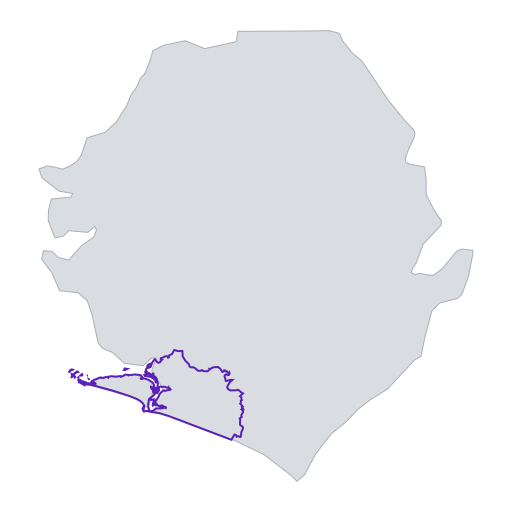 Bonthe, Southern, Sierra Leone (highlighted)
{"feature_id": "65957751B90425188102960", "entity_name": "Bonthe", "entity_type": "district", "adm_level": 2, "iso_a3": "SLE", "parent_name": "Sierra Leone", "parent_adm1": "Southern", "projection": "albers", "projection_center": [-12.539, 7.5], "detail": "fine", "context": "in_parent", "style": "outline", "palette": "violet", "viewbox_px": 512, "rotation_deg": 0, "n_neighbors": 0, "source": "geoboundaries", "source_scale": "gbopen_adm2", "svg_char_len": 7524}
<svg xmlns="http://www.w3.org/2000/svg" viewBox="0 0 512 512"><path d="M473.0,250.4L472.6,255.0L468.6,275.9L462.1,293.8L457.9,298.3L439.5,303.1L431.8,311.0L425.1,336.5L420.9,356.5L414.6,359.9L387.7,388.9L370.1,399.9L357.8,409.4L346.2,421.7L331.5,433.6L315.8,453.8L304.6,474.7L296.9,481.3L291.1,475.4L264.2,454.8L235.8,441.0L175.4,418.0L155.3,411.5L156.0,403.3L163.0,388.4L151.7,370.8L156.1,358.0L151.7,358.0L143.1,365.7L124.7,363.4L112.5,352.5L102.5,348.4L98.2,342.9L91.8,313.9L87.3,300.8L78.0,292.7L59.6,290.7L52.0,273.0L41.7,259.3L43.4,250.8L51.8,251.3L58.3,257.5L68.8,260.0L81.9,245.2L93.7,237.2L96.4,230.2L95.0,226.3L87.8,232.3L68.4,230.7L63.6,236.1L54.9,237.8L48.2,220.5L48.5,210.2L51.3,199.0L70.9,197.1L72.6,193.5L59.0,191.1L42.0,178.0L39.0,168.9L47.4,165.9L55.5,167.3L62.5,169.2L70.1,166.0L77.2,161.1L81.4,154.8L87.1,137.8L105.5,132.1L116.4,121.7L126.7,105.6L131.4,94.3L135.6,88.7L138.3,83.8L140.3,78.4L144.9,73.5L149.7,61.5L153.0,50.6L163.6,45.3L185.2,40.7L204.6,48.6L236.2,41.7L237.9,31.4L266.7,31.2L301.0,31.0L329.5,30.7L339.3,33.4L342.8,41.1L352.3,53.0L362.1,61.2L374.3,79.4L388.5,100.5L403.9,119.5L413.7,129.8L414.9,133.5L414.2,137.6L409.4,147.3L405.3,157.8L405.7,161.8L408.6,163.8L424.6,167.0L426.1,178.7L426.2,194.9L434.1,210.0L441.5,221.1L441.1,225.1L423.2,244.1L416.2,263.0L412.6,268.3L411.2,272.6L414.8,274.5L419.8,273.3L426.8,274.8L433.5,275.3L442.3,268.5L456.9,251.1L461.9,249.0L473.0,250.4ZM149.5,404.2L147.4,408.0L137.7,398.6L87.9,384.6L102.0,377.1L136.6,374.9L146.8,379.3L151.4,382.9L153.1,389.8L149.5,404.2Z" fill="#d9dde1" stroke="#a8b0b8" stroke-width="1"/><path d="M241.4,397.4L240.0,396.2L243.0,393.4L240.7,392.0L239.4,390.6L237.6,389.7L236.3,390.3L230.3,390.4L228.2,389.1L227.2,387.5L227.4,386.2L230.0,382.0L232.4,379.9L230.7,379.8L225.9,381.0L224.6,376.5L224.7,375.4L225.4,374.6L226.0,374.5L228.2,375.1L229.0,374.8L229.6,373.4L229.2,372.2L228.8,372.7L228.0,372.8L227.6,372.6L226.9,371.3L225.5,371.3L224.9,370.3L224.2,370.3L223.4,371.6L222.3,371.9L220.6,369.2L218.2,367.0L213.2,367.3L210.5,368.8L209.9,368.8L210.2,369.1L209.5,369.8L207.4,371.3L203.5,371.1L202.3,370.2L201.7,370.2L200.8,370.8L198.0,370.7L194.6,367.8L192.9,367.3L190.7,367.2L189.6,366.5L188.9,364.2L185.4,360.8L182.7,356.4L182.4,351.0L178.0,351.1L174.3,350.0L171.9,354.2L169.3,355.2L168.8,356.3L169.1,356.9L168.5,357.6L168.0,357.6L167.8,356.5L166.5,356.1L164.4,356.6L162.9,357.6L160.9,358.1L160.7,359.6L161.8,359.9L161.1,360.4L160.5,361.7L159.1,362.7L157.9,362.6L157.1,362.1L155.2,359.3L154.6,359.2L152.4,362.2L150.6,366.9L148.9,367.8L146.7,368.2L145.7,369.9L147.8,373.0L149.7,373.3L151.7,375.1L152.7,373.8L153.4,373.7L153.4,376.0L154.9,376.6L156.5,378.3L157.8,382.8L157.9,384.0L157.5,385.8L158.5,386.9L159.2,387.1L160.5,386.6L162.4,387.1L164.0,386.6L167.6,387.8L168.5,387.0L168.9,388.1L170.2,388.7L170.6,389.5L169.8,390.0L168.9,389.7L164.9,391.0L164.5,390.5L163.4,390.6L161.5,392.0L159.4,394.1L158.7,396.3L154.7,402.3L156.5,403.8L158.2,405.8L159.2,406.1L162.0,405.4L163.1,406.2L165.7,407.2L166.0,407.5L165.8,408.1L164.8,407.6L161.3,408.4L156.5,408.5L154.6,409.4L153.0,410.9L151.3,411.0L150.0,411.7L159.8,413.3L168.8,416.1L231.4,439.8L234.5,434.5L236.0,435.2L236.7,436.7L238.0,436.0L240.2,437.1L240.8,436.6L241.3,432.5L241.6,431.3L242.5,430.0L243.0,427.4L242.5,426.5L240.3,425.2L240.0,424.1L240.2,419.2L239.7,418.5L241.7,416.9L241.2,416.3L241.6,414.6L242.9,412.4L243.2,410.3L242.4,410.3L242.3,409.6L241.6,409.3L242.0,409.0L242.0,408.2L242.7,408.3L242.2,407.6L242.8,406.8L242.0,406.3L242.3,406.0L242.0,405.5L240.2,403.7L240.6,403.4L240.8,402.5L240.9,400.6L241.8,400.0L241.4,399.1L241.4,397.4ZM140.8,375.2L135.1,374.4L130.3,375.1L128.9,374.9L128.4,375.3L128.1,374.9L125.4,374.6L124.3,375.0L123.4,375.9L120.9,376.8L120.5,376.1L115.6,376.7L111.4,376.2L108.7,376.7L108.3,377.7L106.8,376.7L103.5,378.0L101.9,377.9L101.1,377.5L100.8,377.8L99.4,377.6L95.5,379.5L94.2,379.5L92.1,381.5L95.4,383.2L95.9,384.6L95.3,383.8L92.9,383.3L91.6,383.8L88.4,383.2L86.9,384.0L86.9,384.5L89.4,384.6L95.6,386.0L112.9,390.7L129.1,395.9L136.2,398.8L139.4,400.5L141.9,402.3L142.1,401.8L142.0,402.3L144.0,405.2L144.3,406.2L143.4,410.5L144.7,411.2L148.8,410.8L149.2,410.2L148.1,405.7L148.8,399.5L149.8,398.2L152.6,396.3L153.2,395.3L153.8,395.4L154.5,394.5L154.3,393.9L154.7,394.0L154.8,393.6L154.3,392.6L154.1,392.8L153.9,392.1L153.2,392.1L152.9,390.0L151.4,388.5L150.9,387.7L150.9,386.7L151.2,386.8L151.7,387.8L152.6,388.0L154.0,385.6L154.0,384.8L152.5,382.4L148.8,379.9L145.0,378.6L143.6,378.4L141.7,379.1L140.7,378.6L140.9,378.1L142.3,377.3L142.0,376.7L140.8,375.2ZM149.9,376.7L150.2,376.1L149.8,374.6L147.4,373.5L146.4,372.0L145.3,372.0L145.7,373.9L147.4,376.0L148.6,376.6L149.9,376.7ZM83.7,382.0L82.9,381.2L82.5,381.3L82.7,381.9L82.6,382.3L83.3,383.2L85.2,383.9L84.9,384.5L84.6,384.5L85.0,383.9L83.9,384.5L83.2,384.2L83.9,383.7L83.4,383.9L83.1,383.4L82.3,383.3L81.6,382.7L81.6,383.0L81.4,382.5L81.9,381.6L81.2,381.6L81.0,382.3L80.2,382.8L84.8,385.3L86.0,383.0L85.7,383.0L85.5,382.0L83.7,382.0ZM74.2,374.7L74.7,373.7L75.9,372.7L78.1,372.0L77.4,371.4L76.4,371.8L73.4,374.4L72.7,374.7L72.3,374.6L72.3,374.9L72.2,374.3L72.9,374.5L71.7,374.0L72.0,376.3L71.7,376.9L71.7,376.5L71.6,377.1L71.9,377.0L72.1,376.3L72.9,376.2L74.5,376.7L74.9,377.6L75.3,377.3L74.3,375.9L74.2,374.7ZM150.9,363.6L148.6,364.4L147.2,365.9L147.3,366.6L148.4,366.9L150.5,366.3L150.9,363.6ZM157.9,391.8L158.1,391.3L158.8,390.9L159.2,389.4L159.1,389.0L157.7,388.4L156.5,389.3L157.2,391.2L157.9,391.8ZM155.0,377.4L151.9,377.7L154.5,379.4L156.2,379.7L155.5,377.9L155.0,377.4ZM160.8,408.0L162.7,407.8L163.9,406.7L162.8,406.4L160.5,407.3L160.8,408.0ZM127.3,368.9L124.8,368.5L124.0,370.0L125.3,369.9L127.3,368.9ZM155.5,404.9L155.8,404.0L154.3,402.5L153.8,403.4L154.8,404.9L155.5,404.9ZM81.9,375.5L82.4,374.9L82.0,374.1L80.4,375.5L81.9,375.5ZM80.4,380.1L79.0,379.8L79.0,381.3L79.3,380.6L79.9,381.2L80.4,380.1ZM156.4,382.5L156.7,381.7L155.5,380.8L155.4,381.7L155.7,382.3L156.4,382.5ZM69.9,370.8L72.6,369.8L72.8,369.7L72.0,369.4L71.1,369.6L70.2,370.2L69.9,370.8ZM155.6,391.8L155.5,390.9L154.8,389.7L154.3,390.6L155.6,391.8ZM80.5,381.6L80.3,381.0L80.0,381.5L78.6,381.7L78.2,381.4L79.0,382.3L80.5,381.6ZM157.2,388.3L156.0,387.6L155.7,387.6L156.0,388.7L157.2,388.3ZM153.9,390.3L154.4,389.4L154.3,388.8L153.7,388.8L153.6,390.1L153.9,390.3ZM91.5,382.6L92.4,382.2L91.8,381.4L91.2,382.3L91.5,382.6ZM157.2,393.0L157.2,392.3L156.8,391.5L156.5,393.1L157.2,393.0ZM145.5,376.0L144.9,375.1L144.3,375.1L144.7,375.9L145.5,376.0ZM151.9,399.4L151.0,399.3L150.9,399.9L151.3,400.0L151.9,399.4ZM82.5,383.2L82.4,382.3L82.6,381.9L82.3,381.7L82.1,382.6L82.5,383.2ZM153.3,402.7L153.9,402.3L154.0,401.7L153.3,402.4L153.3,402.7ZM152.9,405.5L153.2,404.9L152.8,404.5L152.7,405.1L152.9,405.5ZM143.1,409.4L142.6,408.2L142.7,407.8L142.5,408.5L143.1,409.4ZM155.9,405.0L156.3,404.5L155.9,404.1L155.6,404.8L155.9,405.0ZM156.6,381.3L156.2,380.6L155.6,380.7L156.0,381.1L156.6,381.3ZM155.7,403.5L155.6,403.2L154.8,403.0L155.4,403.5L155.7,403.5ZM154.1,388.7L154.3,388.3L154.1,388.0L153.7,388.3L154.1,388.7ZM78.6,378.2L78.3,377.4L77.8,376.7L78.6,378.2ZM78.6,379.9L78.2,380.0L78.1,380.3L78.3,380.0L78.4,381.0L78.6,379.9ZM70.2,372.5L68.7,370.9L69.3,371.8L70.2,372.5ZM143.3,409.5L143.1,409.5L143.0,410.3L143.3,410.7L143.3,409.5ZM152.4,376.3L153.0,376.3L152.8,375.8L152.4,376.3ZM153.6,399.4L153.1,399.6L153.2,400.0L153.5,399.8L153.6,399.4ZM143.8,406.6L143.2,407.0L143.2,407.3L143.8,406.6ZM87.0,375.8L87.3,375.7L87.8,375.5L87.4,375.5L87.0,375.8ZM88.9,379.1L89.0,379.3L89.7,379.4L88.9,379.1Z" fill="none" stroke="#5b21b6" stroke-width="2"/></svg>